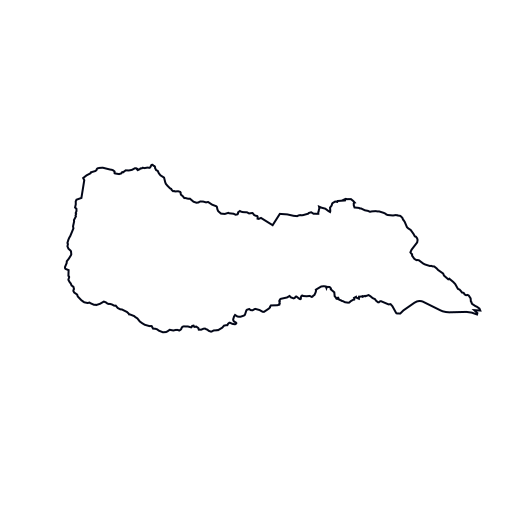 outline of La Magdalena Contreras, Distrito Federal, Mexico, rotated 65°
{"feature_id": "50627088B92108463295960", "entity_name": "La Magdalena Contreras", "entity_type": "district", "adm_level": 2, "iso_a3": "MEX", "parent_name": "Mexico", "parent_adm1": "Distrito Federal", "projection": "robinson", "projection_center": [-99.262, 19.275], "detail": "fine", "context": "isolated", "style": "outline", "palette": "ink", "viewbox_px": 512, "rotation_deg": 65, "n_neighbors": 0, "source": "geoboundaries", "source_scale": "gbopen_adm2", "svg_char_len": 6130}
<svg xmlns="http://www.w3.org/2000/svg" viewBox="0 0 512 512"><g transform="rotate(65 256 256)"><path d="M129.1,394.9L130.3,396.3L133.0,397.5L135.6,399.5L137.3,398.8L139.4,399.7L140.9,401.3L141.8,401.2L143.0,402.4L144.0,402.5L146.5,405.8L147.9,406.3L151.8,409.3L153.8,409.8L159.5,416.0L160.4,417.4L162.0,419.2L164.5,421.4L165.7,421.4L167.5,422.8L170.1,422.9L172.8,421.8L173.6,421.7L176.4,422.7L177.1,423.4L179.4,426.9L180.8,429.7L182.4,430.6L185.3,433.8L186.3,434.2L187.2,434.1L189.6,431.8L194.7,434.4L195.6,434.1L196.4,434.4L198.1,436.0L198.7,436.1L201.2,435.9L202.6,435.5L204.8,435.6L206.7,434.5L209.0,434.9L209.8,435.9L210.5,436.3L212.3,436.2L215.0,434.6L215.7,434.4L216.4,434.6L217.5,434.6L222.8,432.8L223.4,432.2L224.2,432.0L225.4,431.2L227.5,428.4L227.8,426.6L228.7,426.1L231.8,423.4L232.5,421.8L232.9,421.6L233.4,417.6L233.0,413.2L234.5,411.7L235.9,411.0L237.0,410.1L237.8,408.5L239.0,407.1L241.1,405.5L241.7,404.1L244.7,403.3L247.0,401.5L247.8,400.1L252.2,396.6L254.5,395.7L255.3,395.7L255.8,394.8L259.1,391.7L260.2,391.3L262.4,389.9L266.2,389.0L268.6,387.7L271.3,385.9L274.5,382.2L275.4,380.2L278.3,380.0L279.4,378.0L280.7,376.6L282.6,375.6L285.8,372.6L286.9,369.7L286.9,368.1L286.4,365.4L288.6,362.4L289.1,359.9L289.9,358.2L291.1,357.1L291.0,355.8L290.7,354.8L289.6,353.6L289.1,352.6L289.2,351.4L291.1,347.5L293.3,344.9L293.1,344.2L292.4,343.4L292.7,342.0L294.1,341.9L294.5,341.3L294.6,340.1L296.4,339.0L297.1,338.7L298.6,339.0L299.6,336.9L299.7,334.4L300.2,332.9L301.6,331.9L302.2,331.2L303.8,330.5L305.5,328.8L305.7,328.2L305.6,325.8L306.8,322.8L306.7,322.5L307.2,321.7L306.7,316.9L305.6,314.4L306.1,312.3L306.6,311.2L305.6,309.9L305.2,308.3L305.5,307.8L307.6,306.0L309.0,303.9L309.0,303.0L308.5,302.2L307.9,302.3L305.9,303.7L304.3,303.7L303.7,303.4L301.6,301.5L300.6,299.9L302.9,298.5L303.8,297.2L304.5,295.7L304.9,292.2L304.6,290.9L301.2,287.7L300.9,286.9L301.2,284.5L302.7,283.8L303.7,282.2L303.7,280.9L303.5,279.9L303.7,278.9L306.5,275.6L309.3,273.6L310.0,272.4L309.1,266.6L308.5,265.0L307.9,264.7L307.1,263.4L309.6,257.6L310.0,255.4L309.1,254.6L308.7,254.8L307.5,253.8L306.8,253.5L306.5,253.8L305.5,252.6L305.3,251.6L306.7,245.4L306.4,242.5L308.2,241.9L310.3,239.8L310.4,238.7L309.6,237.2L309.8,236.5L313.3,234.7L313.8,234.2L313.7,233.4L312.9,233.2L311.6,232.0L311.3,230.9L311.6,230.5L312.1,230.3L313.9,227.1L314.9,224.2L316.7,222.7L316.6,221.7L316.2,221.0L316.0,219.5L314.2,217.4L312.8,216.2L311.9,216.1L311.8,215.8L311.2,209.8L312.0,207.4L313.1,205.6L314.8,205.7L313.9,204.9L315.2,202.4L317.0,201.8L317.8,202.3L322.0,200.4L325.7,201.7L327.0,201.3L328.8,201.1L329.1,200.6L328.4,199.8L328.5,199.2L329.3,199.1L330.1,199.5L331.5,198.4L331.9,197.8L332.7,197.5L333.8,196.2L335.5,194.9L337.2,192.3L337.6,191.2L337.0,189.3L336.7,186.3L337.0,185.4L336.1,184.8L335.4,184.8L335.3,182.7L335.6,182.8L336.4,182.4L338.2,180.8L336.4,179.8L337.2,177.9L337.4,176.4L338.0,176.5L338.2,174.1L338.7,173.9L339.0,170.5L340.8,169.3L343.4,168.1L345.4,166.4L347.2,166.1L349.5,165.0L349.9,164.3L349.5,162.6L349.8,161.8L355.9,156.3L356.5,154.4L359.1,153.6L366.5,153.1L367.3,152.9L367.7,152.4L369.1,149.6L367.6,145.4L365.3,132.1L365.2,129.3L365.8,127.0L366.7,125.4L367.7,124.2L383.1,111.9L385.0,110.2L387.0,107.6L388.7,104.7L395.6,88.9L398.5,84.4L402.4,80.4L401.3,79.5L397.3,81.1L400.2,75.8L398.1,75.7L395.4,77.2L394.0,78.4L390.9,80.3L390.3,80.5L389.0,80.2L388.1,80.5L385.1,79.4L381.8,79.9L380.7,80.7L380.4,82.0L380.1,82.4L378.9,83.2L377.5,83.3L376.9,83.7L376.1,84.8L374.4,85.1L372.5,85.7L371.1,86.9L365.6,87.3L362.9,88.2L358.3,90.4L358.6,91.2L358.4,91.6L353.2,93.9L351.0,93.8L345.6,96.9L343.6,97.5L340.8,98.9L340.0,100.4L339.1,101.2L338.5,102.7L335.1,106.4L333.6,107.6L328.7,110.2L327.8,111.5L327.6,112.3L325.5,113.7L321.7,114.4L320.4,113.8L319.3,114.3L317.9,114.5L316.0,112.3L311.8,104.2L309.8,102.8L308.1,102.5L306.1,102.9L305.4,103.7L304.9,103.8L302.7,103.9L297.8,104.8L295.2,106.4L293.7,107.0L288.0,106.8L285.8,107.1L285.2,107.4L283.6,107.2L281.9,107.7L280.6,108.3L279.0,110.7L278.8,110.7L277.9,112.2L277.2,114.7L274.5,119.3L273.4,120.4L272.5,120.7L270.9,122.0L267.6,125.6L267.1,126.8L265.9,128.6L264.5,132.2L264.1,134.0L262.4,135.5L260.6,138.0L257.2,140.8L256.9,141.7L256.0,142.3L254.9,144.1L253.7,146.2L251.5,146.0L249.6,145.2L249.2,144.5L249.3,144.0L247.3,144.6L244.6,145.9L243.1,149.2L242.1,150.6L242.1,151.7L242.6,151.0L243.3,151.8L240.6,158.9L241.3,159.5L240.1,161.2L240.4,164.2L240.7,164.8L242.3,166.2L243.4,168.4L246.7,169.7L247.4,170.3L245.8,171.4L242.4,173.2L239.9,176.2L237.9,178.0L239.7,178.4L240.2,179.1L242.2,180.5L242.5,181.0L244.1,181.7L242.0,186.0L239.7,187.5L239.3,189.9L239.7,190.9L238.8,196.3L238.1,198.1L237.6,198.6L237.2,200.5L237.3,201.8L235.5,204.9L231.5,210.1L227.9,216.6L235.1,227.9L223.6,235.4L223.5,237.9L222.8,238.8L221.7,238.2L220.8,237.9L220.3,238.0L219.2,239.5L217.8,240.5L216.3,240.7L215.5,241.1L214.5,244.3L212.6,245.7L210.7,249.3L209.6,250.7L208.4,251.6L208.9,253.8L210.0,254.4L210.4,255.2L210.0,257.0L208.2,258.5L205.9,262.3L205.2,262.8L204.7,266.5L202.8,269.8L199.4,271.3L197.6,271.3L194.9,270.7L194.2,270.9L190.9,274.1L186.8,276.6L186.3,278.6L184.4,280.8L183.1,283.3L183.0,284.6L183.2,285.4L182.6,287.4L180.4,289.7L176.1,291.7L175.7,292.8L174.9,294.0L173.8,295.2L173.2,296.5L170.8,297.1L168.7,298.1L167.5,297.9L166.7,297.5L165.9,297.6L164.4,299.2L163.3,302.1L162.7,302.5L162.2,303.8L160.5,304.5L159.3,304.5L158.4,305.3L154.8,306.6L152.5,307.2L150.8,307.1L146.1,306.2L142.5,308.5L140.0,309.1L137.3,309.1L136.0,310.2L133.6,310.3L132.8,309.9L132.0,309.9L131.5,310.1L131.0,310.7L129.6,311.2L129.3,312.2L131.0,314.5L131.1,315.2L130.0,317.0L129.2,320.0L128.1,321.4L128.3,322.5L127.8,323.7L128.2,324.8L128.2,326.9L127.5,327.1L127.1,326.6L126.9,326.6L126.4,327.4L125.9,327.5L125.3,328.7L125.5,332.0L125.1,333.7L124.7,335.2L123.3,337.9L123.7,339.9L124.0,340.9L123.6,341.3L123.5,342.1L124.2,343.1L123.9,345.5L121.5,349.0L121.0,349.2L119.8,348.5L119.5,348.5L117.8,349.4L117.0,350.2L115.9,351.8L111.2,357.6L110.0,360.7L109.6,362.6L109.9,363.5L110.7,364.2L111.1,365.6L110.4,370.3L111.1,371.0L111.3,375.5L112.3,379.7L114.7,379.6L129.6,389.7L129.1,394.9Z" fill="none" stroke="#020617" stroke-width="2"/></g></svg>